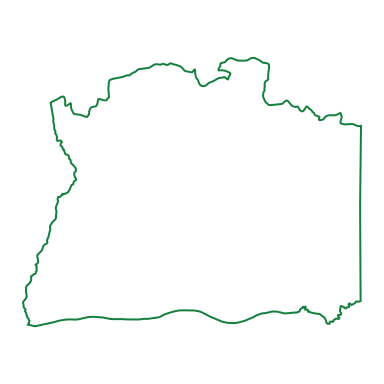 outline of Samraong, Otdar Mean Chey, Cambodia
{"feature_id": "14789045B40170771357914", "entity_name": "Samraong", "entity_type": "district", "adm_level": 2, "iso_a3": "KHM", "parent_name": "Cambodia", "parent_adm1": "Otdar Mean Chey", "projection": "orthographic", "projection_center": [103.581, 14.269], "detail": "fine", "context": "isolated", "style": "outline", "palette": "green", "viewbox_px": 384, "rotation_deg": 0, "n_neighbors": 0, "source": "geoboundaries", "source_scale": "gbopen_adm2", "svg_char_len": 5810}
<svg xmlns="http://www.w3.org/2000/svg" viewBox="0 0 384 384"><path d="M361.0,125.9L358.8,126.1L356.9,125.9L354.7,124.7L352.9,124.1L351.8,124.0L344.8,124.4L341.7,123.7L340.7,123.2L340.4,122.1L341.5,117.9L341.7,116.7L341.6,115.7L341.1,115.0L340.7,113.4L340.2,113.0L336.8,114.8L334.7,115.3L329.2,115.2L326.9,115.8L325.0,117.1L324.4,118.2L323.2,119.4L321.0,120.1L319.3,120.0L318.9,119.4L319.4,117.2L319.1,116.7L316.6,115.7L315.7,115.5L315.0,115.1L313.8,112.7L312.5,112.1L312.2,111.2L310.9,109.8L308.8,108.2L307.8,107.0L307.4,106.7L306.6,106.5L305.9,107.1L305.3,108.4L303.4,110.9L302.2,111.4L301.5,111.2L299.9,110.2L297.8,106.6L297.0,106.6L295.6,107.0L292.6,106.2L291.3,105.1L288.6,101.8L287.7,100.9L286.7,100.5L285.0,101.3L282.8,103.4L281.5,104.0L270.8,105.1L269.3,105.0L268.2,104.5L265.6,102.1L263.4,97.6L263.0,95.7L263.6,91.8L264.7,90.4L264.4,88.6L264.8,86.3L264.5,84.6L265.0,82.3L265.6,81.3L267.3,80.3L268.2,79.5L268.1,75.4L269.0,67.9L269.0,65.0L268.8,64.4L268.0,63.7L266.5,63.1L263.0,62.7L262.1,62.2L260.0,60.5L254.3,57.8L251.0,58.2L247.4,60.3L246.6,60.5L244.3,60.7L237.3,60.5L232.1,58.3L230.5,58.2L229.0,58.6L227.8,59.2L226.7,60.1L225.0,62.2L220.9,63.1L220.4,63.9L220.2,66.3L218.9,68.3L218.4,69.5L218.6,70.3L222.9,70.3L225.7,70.9L229.4,72.6L230.1,73.1L230.4,73.9L229.5,75.8L228.7,77.0L228.3,79.0L227.8,79.4L227.4,79.3L224.7,77.3L224.0,77.0L223.2,77.5L218.8,78.0L213.4,81.1L208.9,82.9L205.9,85.4L204.8,85.9L203.3,86.2L202.0,86.0L200.5,85.2L198.8,83.0L198.4,81.1L197.9,79.9L196.3,78.0L195.9,76.7L195.1,73.3L195.2,70.9L194.9,69.7L194.3,69.7L193.8,70.1L192.7,71.9L191.8,72.3L190.2,72.1L187.2,71.4L185.5,71.2L184.4,70.5L183.4,69.2L180.8,66.6L175.9,64.8L174.1,64.5L170.5,63.2L168.1,64.7L167.2,65.0L166.1,64.8L164.2,64.1L162.6,63.9L160.5,64.7L156.5,64.2L154.9,64.4L153.7,64.9L150.0,67.4L148.6,67.9L139.0,69.2L137.8,69.7L135.4,71.9L134.3,72.2L133.0,72.8L130.6,74.4L129.3,75.5L127.1,75.3L123.6,76.6L120.5,77.4L113.0,78.8L110.0,79.9L109.2,81.2L108.7,83.6L108.6,86.8L108.3,87.3L109.0,97.3L107.8,98.2L106.9,99.8L106.2,100.3L105.5,100.4L103.6,100.3L100.5,99.2L99.7,99.3L98.3,99.1L97.2,104.3L96.5,105.5L96.1,106.0L95.4,106.4L92.2,107.0L91.2,107.4L90.4,108.2L89.6,110.0L89.1,111.8L89.1,114.0L87.5,116.5L86.9,117.0L85.1,116.6L80.5,114.8L74.4,114.1L73.5,113.4L71.5,109.3L70.9,107.4L71.0,104.2L70.5,103.3L67.1,105.5L66.0,105.8L65.5,105.7L65.1,104.5L65.3,101.6L64.5,97.8L63.8,96.8L62.9,96.5L62.2,96.6L60.1,97.4L56.9,99.5L54.3,100.6L50.6,102.7L53.5,119.1L53.2,121.4L54.2,125.2L54.2,128.3L54.7,130.0L55.2,130.4L55.5,131.5L55.2,133.3L56.3,134.8L56.9,136.6L56.9,138.9L56.7,139.8L57.3,140.7L57.9,140.9L60.2,140.5L61.1,140.9L61.5,141.3L61.9,142.2L60.8,143.2L60.5,145.5L62.4,147.1L63.0,149.5L63.9,149.7L64.2,151.2L64.8,152.4L65.0,153.6L66.3,154.6L67.5,154.8L68.4,155.4L69.0,156.4L69.1,158.6L69.9,159.2L70.6,160.2L70.9,162.9L71.4,163.6L72.7,164.5L73.5,165.6L74.5,166.5L75.9,168.6L75.8,171.3L74.6,172.3L74.2,173.2L74.2,174.6L75.0,177.4L76.1,178.9L76.2,179.5L76.2,179.9L74.2,181.2L73.6,182.2L73.2,184.3L71.7,185.0L71.0,186.2L69.7,189.6L68.6,191.1L68.0,192.2L65.5,193.7L64.2,193.7L63.8,194.3L63.1,194.6L62.8,194.1L62.3,194.0L61.1,195.8L59.9,197.0L58.3,197.0L58.0,197.4L57.6,198.9L58.0,201.3L57.9,202.2L56.5,205.3L55.7,208.4L56.5,211.4L56.0,215.4L56.0,217.4L55.8,218.4L55.2,219.4L52.0,222.7L50.4,225.3L50.0,226.6L50.0,227.5L50.3,228.6L50.3,229.3L48.9,234.6L48.7,236.5L47.7,238.4L47.0,240.5L47.4,242.5L46.9,243.5L44.6,244.6L44.1,245.2L43.3,246.2L42.4,249.1L41.1,251.4L40.2,252.1L38.2,254.2L37.6,254.6L37.2,255.7L37.2,256.5L37.7,258.1L38.2,261.5L38.0,262.7L37.1,263.8L35.9,264.3L35.5,264.9L36.3,265.7L36.8,266.8L36.3,268.0L36.8,269.6L36.7,270.4L35.9,271.9L35.7,273.2L35.3,273.8L33.4,274.5L32.6,275.5L31.1,276.3L31.2,279.4L30.9,281.1L30.0,282.0L30.1,282.6L29.9,282.9L28.6,284.0L28.0,284.8L26.9,285.5L26.2,287.0L25.9,287.8L26.2,289.3L25.9,290.5L26.0,292.1L26.8,296.4L25.4,299.2L23.3,301.7L23.0,302.8L23.5,304.3L23.6,307.0L24.5,308.3L25.3,309.1L25.5,309.6L25.0,311.5L25.9,312.3L26.8,316.0L27.4,317.0L27.4,317.6L27.9,317.9L28.6,319.0L28.7,319.9L29.5,320.9L29.0,322.5L28.5,323.0L28.8,323.5L28.0,324.7L29.5,324.9L33.8,326.1L36.0,326.2L38.1,325.6L54.7,322.0L58.6,320.8L61.9,320.2L65.6,319.6L69.9,319.4L75.5,319.6L78.5,319.3L87.7,317.2L91.2,316.9L93.5,316.8L102.9,317.5L106.4,318.1L109.2,318.8L112.2,319.1L122.5,319.1L126.2,319.4L137.7,319.5L139.8,319.4L144.1,318.8L147.7,318.9L158.7,317.3L160.4,316.7L164.0,314.7L165.9,313.9L172.0,312.0L175.7,311.1L178.8,310.5L183.6,310.3L194.1,310.5L199.1,311.3L201.4,312.1L210.3,316.7L221.8,321.5L223.4,322.0L227.7,322.8L232.3,323.1L235.6,323.0L238.9,322.4L245.0,320.7L253.5,317.1L255.7,315.7L257.7,314.9L261.9,313.4L265.7,313.1L271.4,311.7L273.5,311.5L277.1,311.6L284.4,313.4L287.1,313.3L294.4,312.5L296.3,312.7L297.4,312.1L298.7,311.9L299.8,310.8L300.1,309.6L300.5,309.0L301.8,308.1L302.9,307.8L303.2,307.5L303.1,306.9L304.3,307.0L305.4,306.7L305.7,307.3L305.2,307.9L304.8,308.0L304.8,308.6L305.3,308.9L305.3,309.6L307.0,309.5L307.6,310.6L308.0,310.5L308.0,311.3L308.4,311.9L309.3,311.5L310.9,312.5L316.0,313.6L319.4,313.9L320.7,314.7L322.0,315.9L323.6,316.9L324.6,317.9L325.6,319.7L326.0,320.7L326.6,322.9L327.8,323.8L329.5,323.7L329.6,322.4L330.1,321.7L331.9,321.6L332.5,321.9L333.3,321.6L333.4,320.6L334.0,319.8L335.5,319.1L336.0,318.6L337.9,318.9L338.9,318.8L339.3,318.4L339.3,317.8L338.3,316.8L338.0,315.9L338.3,314.9L338.9,314.8L339.9,315.0L340.5,314.8L340.9,314.5L341.0,313.9L341.0,312.9L340.0,311.3L340.0,310.1L340.1,309.0L340.5,308.2L340.5,306.6L340.8,306.3L341.3,306.1L342.9,306.7L343.8,306.8L344.4,307.8L345.4,308.4L346.2,308.2L346.8,307.6L347.8,307.1L348.9,306.9L349.3,306.5L349.4,306.0L348.9,305.4L348.6,304.3L348.9,303.8L349.5,303.4L351.7,304.9L354.9,303.2L355.5,302.1L356.1,301.6L356.7,301.4L358.1,301.8L360.6,301.1L360.1,205.2L361.0,125.9Z" fill="none" stroke="#15803d" stroke-width="2"/></svg>